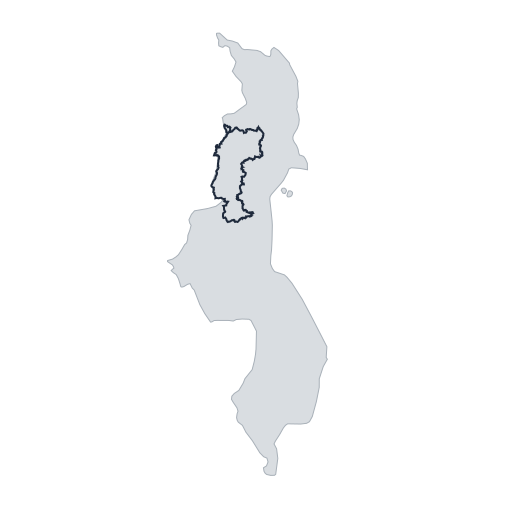 Mzimba, Mzimba, Malawi shown in context, rotated 9°
{"feature_id": "42251766B77624810989827", "entity_name": "Mzimba", "entity_type": "district", "adm_level": 2, "iso_a3": "MWI", "parent_name": "Malawi", "parent_adm1": "Mzimba", "projection": "albers", "projection_center": [33.674, -11.849], "detail": "fine", "context": "in_parent", "style": "outline", "palette": "slate", "viewbox_px": 512, "rotation_deg": 9, "n_neighbors": 0, "source": "geoboundaries", "source_scale": "gbopen_adm2", "svg_char_len": 8974}
<svg xmlns="http://www.w3.org/2000/svg" viewBox="0 0 512 512"><g transform="rotate(9 256 256)"><path d="M198.1,297.7L195.2,293.6L192.8,294.7L189.5,297.5L187.7,298.3L186.8,298.2L186.2,297.5L185.5,295.7L182.9,290.5L180.1,286.8L177.0,285.4L174.5,283.7L175.6,282.1L176.8,280.9L176.3,279.7L174.9,277.9L169.5,275.4L169.4,274.3L174.1,272.1L177.1,269.4L179.2,266.9L181.7,261.3L183.8,255.8L185.4,254.0L185.9,250.3L185.5,246.2L186.6,240.9L187.1,235.9L185.5,234.0L184.1,230.7L185.7,225.0L188.2,221.0L200.2,216.9L208.6,213.2L210.3,211.5L213.2,208.4L214.8,205.3L213.6,204.4L207.1,204.3L205.4,203.1L200.7,192.3L203.3,179.8L203.5,174.9L203.4,168.9L202.6,164.5L200.5,162.6L199.2,160.2L199.5,153.7L201.5,153.0L205.7,144.4L207.5,139.3L205.3,135.3L202.8,129.5L201.7,125.9L201.0,124.7L202.8,122.4L205.6,120.2L208.8,119.6L212.1,118.5L222.7,107.8L222.8,105.8L220.9,102.2L217.0,96.8L216.1,94.6L215.6,88.1L214.0,86.2L208.2,81.8L203.7,77.2L205.1,72.6L205.9,67.5L203.6,64.7L200.3,61.8L198.3,57.6L197.4,54.4L194.7,53.2L192.4,53.1L190.6,55.1L188.7,54.9L186.4,54.2L185.7,51.5L185.5,48.6L183.9,46.6L182.4,43.8L182.2,42.3L183.2,41.9L185.2,41.6L193.8,47.2L199.0,47.4L204.7,48.5L209.7,53.4L212.2,54.0L215.5,53.4L224.8,52.8L228.6,53.5L233.4,56.4L235.3,56.8L238.3,56.9L238.8,56.2L239.1,54.5L238.6,51.0L239.3,49.2L241.1,47.2L246.2,49.5L258.9,60.3L259.3,61.7L267.3,72.3L270.0,76.9L270.0,79.2L272.4,88.6L273.0,92.9L272.4,96.2L272.5,98.9L273.5,102.7L273.1,104.3L276.0,109.9L277.4,114.6L277.6,119.1L276.8,123.6L274.2,130.1L273.8,132.7L274.3,135.1L276.0,137.7L278.7,140.5L280.8,143.9L282.2,147.8L283.3,149.6L284.8,149.6L287.5,150.2L289.7,152.5L292.2,156.4L293.0,160.9L293.4,162.8L286.1,162.6L277.1,163.3L274.8,165.0L274.1,168.9L271.3,176.9L269.7,179.8L266.3,185.2L261.6,192.7L260.6,195.2L260.7,197.7L263.5,208.0L266.4,218.8L267.3,223.0L269.3,237.4L270.4,247.6L270.6,253.5L271.5,261.5L274.1,265.8L276.8,268.5L287.0,270.2L290.0,272.2L295.8,277.3L308.3,291.4L315.1,300.4L321.1,308.4L331.9,323.1L340.2,334.5L341.2,345.2L342.6,346.8L339.7,354.7L337.7,367.4L339.0,375.9L338.4,390.4L336.7,405.8L334.7,411.3L332.2,413.3L326.4,415.0L313.5,416.8L311.6,418.6L309.9,421.6L307.3,428.6L304.1,435.8L303.2,438.8L303.8,439.6L306.5,443.2L309.2,452.5L309.6,468.5L308.6,469.7L304.8,470.4L300.7,470.1L299.1,469.2L297.6,467.4L296.5,464.0L299.2,461.7L300.1,457.5L298.4,453.9L295.0,453.1L290.6,449.8L281.4,439.1L273.6,431.6L269.1,425.4L264.5,422.9L263.2,421.3L262.1,418.7L262.0,414.9L262.5,412.1L261.0,409.0L256.4,404.1L254.2,401.4L254.1,398.2L256.1,395.1L260.1,391.4L263.2,383.7L264.3,378.8L270.0,368.8L270.8,360.2L270.9,353.3L270.6,348.1L269.2,337.5L268.2,330.1L261.2,320.5L258.9,319.6L252.3,320.4L246.5,321.8L243.7,323.8L239.4,323.9L228.2,325.6L224.7,326.3L222.7,328.0L221.5,328.4L214.5,321.0L208.2,312.9L200.3,299.3L198.1,297.7ZM280.2,192.2L278.3,192.7L277.1,191.7L277.4,188.7L278.1,186.6L280.0,186.3L281.3,186.8L282.2,187.8L282.2,189.4L281.7,191.0L280.2,192.2ZM276.0,186.9L274.9,189.8L272.7,189.7L270.6,187.1L271.3,185.1L273.3,184.5L275.1,185.3L276.0,186.9Z" fill="#d9dde1" stroke="#a8b0b8" stroke-width="1"/><path d="M230.8,225.0L232.4,225.3L233.1,224.6L234.1,222.5L234.6,222.4L234.6,221.9L235.4,221.5L235.6,220.9L236.1,221.1L236.6,220.9L236.9,221.2L237.1,220.6L236.9,220.2L237.1,220.1L238.4,220.3L238.8,220.2L239.3,220.4L239.5,219.8L239.9,219.7L239.7,219.3L240.3,219.0L240.2,218.5L240.9,218.6L241.2,218.2L242.9,217.7L243.6,218.1L244.8,217.5L245.0,217.3L244.5,217.3L244.4,217.0L245.0,216.1L244.7,215.4L245.1,215.3L245.3,214.7L245.8,214.7L245.8,214.4L246.4,214.1L246.2,213.9L245.8,213.6L245.8,213.3L245.3,213.2L244.2,213.8L244.3,214.2L244.0,214.2L243.7,213.9L242.8,214.6L242.6,214.4L242.5,214.1L241.9,214.4L240.6,214.1L240.6,213.9L240.2,213.8L240.1,213.4L239.9,213.5L239.8,213.2L239.5,213.3L239.4,212.7L238.9,212.3L238.5,212.3L238.4,212.1L237.5,212.4L237.0,213.1L236.8,213.0L236.5,212.7L236.7,212.3L235.9,211.8L235.2,211.0L235.1,210.3L235.2,209.8L234.8,208.8L235.1,207.9L235.4,207.6L235.6,207.0L235.0,206.3L234.6,206.5L234.1,206.4L233.8,205.7L233.7,204.9L234.0,204.3L233.8,203.8L233.2,203.7L232.9,203.9L231.9,203.6L231.4,203.2L229.9,203.5L229.6,202.5L229.4,203.2L229.1,203.2L228.6,202.8L228.2,202.8L227.9,202.2L228.1,201.8L228.1,200.9L228.4,200.5L227.8,200.2L228.0,199.6L227.9,198.7L228.9,198.4L229.0,198.0L229.5,197.5L230.2,197.2L230.3,196.8L231.3,196.5L231.9,195.7L231.8,195.3L230.8,194.4L230.6,193.3L229.5,191.5L229.2,189.4L229.6,188.9L230.0,188.7L230.6,187.5L231.2,187.5L231.5,187.3L232.3,187.3L232.8,187.2L232.5,186.3L231.4,186.4L231.0,185.7L230.4,185.5L230.1,184.9L229.7,184.7L229.8,184.5L230.2,184.4L230.5,184.0L230.7,183.4L230.0,182.3L230.1,181.2L229.3,180.1L230.0,179.6L231.8,179.6L232.9,177.5L232.9,175.6L231.3,174.9L230.0,174.9L229.7,174.3L229.8,173.7L230.1,173.6L230.2,173.2L229.1,172.7L228.8,172.3L228.2,172.5L228.2,172.1L227.8,171.8L228.2,170.6L228.6,170.4L228.1,170.3L228.0,170.1L228.3,169.3L228.0,168.6L226.9,167.4L227.6,166.0L228.1,166.0L228.4,165.8L229.1,165.8L228.8,164.9L229.4,164.2L229.9,164.0L229.5,163.7L229.7,163.4L230.3,163.3L231.1,162.5L231.8,162.7L232.1,162.3L232.6,162.3L232.6,161.8L233.2,161.4L233.4,161.0L233.7,160.9L234.0,160.2L234.9,160.5L235.2,160.8L235.8,160.5L236.2,160.7L237.0,160.8L237.7,161.6L238.3,160.8L239.1,160.5L239.0,160.2L239.3,159.9L239.3,159.2L239.5,159.1L239.5,158.7L239.5,157.8L240.7,158.1L241.6,158.1L242.1,158.0L242.6,157.6L243.3,157.9L243.4,158.1L243.6,158.0L243.9,158.2L244.2,158.3L244.4,157.9L244.9,157.6L245.2,156.5L245.1,156.3L245.5,156.5L246.1,156.4L246.7,155.7L246.6,155.3L245.8,154.1L246.2,153.3L245.8,152.8L245.8,152.3L245.4,152.0L244.0,152.3L243.7,151.9L243.6,151.4L243.8,150.9L243.4,149.9L243.5,149.7L243.0,148.9L243.2,148.3L243.1,147.8L243.5,147.2L243.4,146.9L243.6,146.6L243.6,146.0L242.6,145.5L241.8,145.5L241.6,144.7L242.1,143.7L241.9,143.3L242.1,143.0L241.7,142.2L242.2,141.8L242.1,141.5L242.3,140.9L242.7,140.8L242.8,140.5L243.5,140.4L243.3,140.0L243.5,139.2L243.6,138.7L244.0,138.5L244.2,137.9L244.3,137.1L244.0,136.3L244.4,135.9L244.2,134.7L244.2,133.9L241.4,131.1L241.0,131.2L240.8,130.9L240.6,130.9L240.5,130.6L240.1,130.5L239.4,129.2L238.3,128.6L238.2,128.4L237.9,129.2L237.6,129.3L237.8,129.9L237.6,130.0L237.7,130.4L237.4,130.4L237.3,130.5L237.2,131.1L237.3,131.4L237.1,131.5L237.2,132.0L236.8,132.1L236.8,132.3L236.6,132.2L236.3,132.4L235.8,132.3L234.2,132.5L233.7,132.0L233.1,132.1L232.2,131.9L232.1,132.1L231.9,132.1L231.1,131.7L230.5,131.5L229.9,132.0L229.5,131.7L228.6,132.2L227.7,132.0L227.4,132.3L227.4,132.5L227.6,132.5L226.9,132.6L226.5,132.8L226.6,133.3L226.9,133.5L227.4,134.3L227.1,134.7L227.1,135.1L226.7,135.8L226.4,135.7L226.0,135.9L225.3,135.9L224.8,136.3L223.9,134.4L223.2,134.0L222.8,134.0L222.3,134.1L221.4,134.6L221.0,134.5L220.6,134.7L220.2,134.6L217.7,132.9L217.5,133.1L217.3,133.0L217.0,132.2L216.6,132.1L215.4,132.6L215.1,133.7L214.0,134.9L213.0,136.7L210.5,137.9L209.9,137.8L210.5,136.7L210.7,135.6L210.9,135.5L210.4,134.2L210.5,133.6L210.7,133.2L209.9,132.5L209.4,132.5L209.2,132.4L208.6,133.1L208.1,133.2L207.6,132.6L207.2,131.9L205.8,132.0L204.8,131.2L203.7,131.1L204.0,131.3L204.3,132.9L204.8,133.2L204.8,134.2L206.2,135.5L206.9,136.3L207.3,137.2L207.2,137.8L207.4,138.4L208.2,138.5L209.0,139.3L208.5,139.9L208.6,140.4L208.1,141.0L208.3,141.9L207.6,142.6L207.5,143.5L206.7,144.2L206.1,144.5L206.1,145.3L205.8,145.6L205.7,146.2L205.3,146.9L205.3,147.4L204.8,147.8L204.5,148.5L204.0,148.6L203.7,148.9L203.9,150.1L204.2,150.5L203.3,150.8L202.9,150.8L202.6,151.2L202.5,151.9L202.8,152.4L202.7,153.9L203.1,154.5L202.3,154.8L201.8,154.6L201.4,154.3L201.4,154.0L200.5,153.7L200.2,152.6L199.7,152.8L199.2,154.1L199.5,154.9L200.4,156.1L200.3,156.8L200.0,157.1L199.8,157.7L200.6,158.9L200.7,159.6L200.3,160.4L199.2,160.8L198.8,163.2L199.7,163.1L201.5,162.4L201.9,162.8L202.3,162.5L202.6,162.5L203.0,163.1L203.9,163.4L204.3,165.5L203.9,167.6L204.1,168.7L204.0,169.3L204.1,169.8L204.0,170.7L204.3,171.9L204.6,172.4L204.3,173.1L204.5,173.7L204.9,174.0L205.2,174.5L204.9,176.1L203.7,177.8L203.5,178.5L203.6,178.9L204.3,179.5L204.6,180.9L204.3,182.5L203.9,183.2L203.9,183.9L203.6,184.8L203.8,185.6L203.4,186.9L202.9,187.3L202.2,189.0L201.8,189.5L201.8,190.6L200.9,193.0L200.9,193.7L201.2,194.2L202.4,194.9L202.9,195.0L203.5,194.9L203.7,195.0L203.6,195.7L204.0,197.2L203.8,199.6L204.5,200.2L205.0,200.3L205.1,201.7L206.0,202.6L206.8,203.7L206.9,205.3L207.3,205.1L208.6,204.8L210.0,204.9L211.8,204.1L212.8,203.9L213.2,204.5L215.1,204.8L216.2,204.5L216.2,205.3L216.8,206.1L216.7,206.5L216.0,206.9L216.1,207.0L216.9,207.2L218.6,207.2L219.1,206.7L219.9,206.7L218.6,209.6L218.7,210.7L215.9,211.6L216.6,212.3L217.1,214.5L217.2,215.2L217.5,215.4L217.7,216.1L218.6,216.8L218.6,217.3L217.2,218.6L216.9,219.0L217.1,221.8L217.8,223.5L218.1,223.6L219.6,222.8L221.0,224.3L221.3,225.3L222.6,226.8L222.9,226.9L223.5,226.3L224.3,226.3L225.4,225.7L226.5,224.5L227.3,224.4L227.6,224.1L228.5,223.7L228.7,223.8L228.6,224.1L228.9,224.2L228.8,224.6L229.2,224.8L229.8,225.6L230.0,225.6L230.2,225.2L230.8,225.0Z" fill="none" stroke="#1e293b" stroke-width="2"/></g></svg>